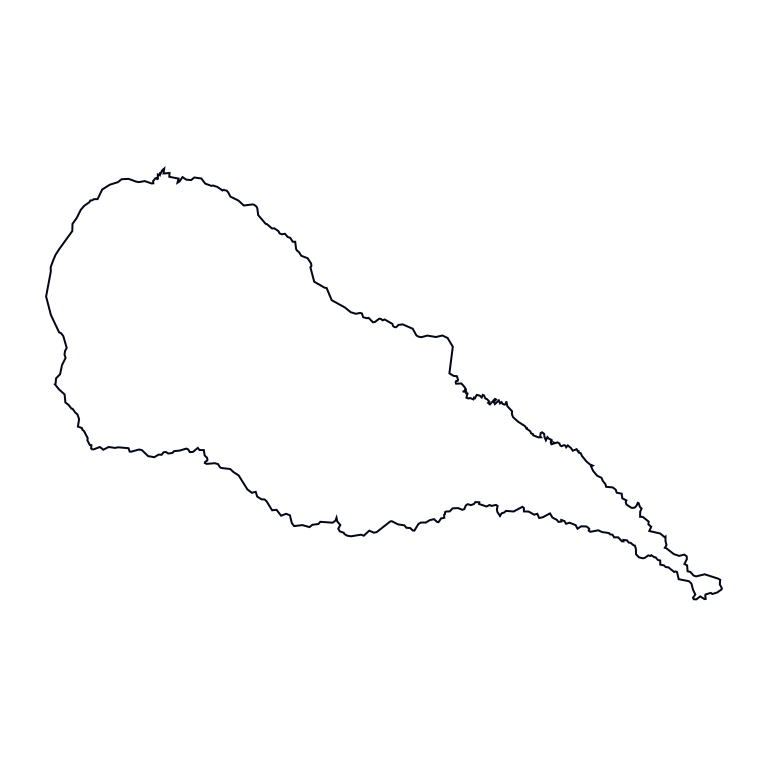 outline of Xico, Veracruz, Mexico
{"feature_id": "50627088B25862533799100", "entity_name": "Xico", "entity_type": "district", "adm_level": 2, "iso_a3": "MEX", "parent_name": "Mexico", "parent_adm1": "Veracruz", "projection": "albers", "projection_center": [-97.003, 19.446], "detail": "fine", "context": "isolated", "style": "outline", "palette": "ink", "viewbox_px": 768, "rotation_deg": 0, "n_neighbors": 0, "source": "geoboundaries", "source_scale": "gbopen_adm2", "svg_char_len": 6076}
<svg xmlns="http://www.w3.org/2000/svg" viewBox="0 0 768 768"><path d="M56.1,378.3L55.5,384.2L55.0,384.4L59.1,389.5L64.6,394.4L65.4,402.5L68.8,405.1L71.4,408.6L72.6,408.8L75.4,412.7L77.4,414.3L79.1,419.1L77.9,426.6L81.9,428.0L82.3,429.6L84.0,431.1L87.7,438.1L87.4,440.3L89.8,445.0L91.4,445.2L91.1,448.4L92.1,449.3L93.6,449.4L99.8,447.0L103.3,449.7L108.7,447.0L115.0,447.9L118.2,447.3L128.5,448.2L129.7,451.6L131.2,451.7L139.2,449.5L141.9,450.1L148.1,456.1L154.3,457.2L158.6,454.6L161.6,454.8L163.5,452.3L165.9,452.0L168.2,453.5L170.2,453.3L172.5,452.8L174.2,451.1L179.6,450.6L186.3,448.6L188.2,449.4L189.8,452.1L193.0,451.9L197.8,447.9L199.5,450.0L203.8,450.1L204.7,455.5L206.9,457.6L207.4,459.1L207.3,460.5L205.1,461.9L204.8,463.0L206.7,463.9L214.7,463.2L218.0,464.1L220.1,467.4L221.4,468.0L230.2,469.0L233.4,472.0L238.7,475.5L247.4,489.4L251.9,492.8L255.7,491.8L257.2,496.6L261.4,499.3L264.6,499.5L266.6,501.3L272.1,510.3L276.5,509.8L281.1,515.7L286.2,513.8L289.9,515.3L291.8,523.0L294.1,526.1L302.3,525.1L309.5,527.1L312.4,524.8L318.4,524.0L320.3,521.8L332.6,522.7L335.4,520.7L336.5,517.7L337.3,521.5L340.3,525.0L338.3,528.7L339.8,531.4L343.7,532.7L344.5,534.1L347.3,535.7L351.1,536.3L360.9,534.7L363.8,535.7L369.2,530.7L373.9,532.7L376.7,532.1L390.2,521.5L391.8,521.2L398.1,524.4L404.3,525.3L406.4,527.8L410.1,528.0L412.9,530.5L414.4,530.6L418.4,524.0L420.6,522.6L426.0,522.5L429.5,520.3L433.9,519.1L437.2,522.0L438.5,522.2L441.1,518.4L444.3,517.8L444.1,514.8L445.0,514.0L445.1,512.1L446.1,511.5L449.7,511.4L452.7,508.3L458.2,508.1L462.3,509.8L464.3,509.1L465.8,505.5L467.6,504.2L471.1,505.1L473.9,504.0L475.4,502.1L479.3,502.3L479.1,504.0L486.6,506.5L489.5,505.0L491.7,505.9L496.0,504.9L497.6,506.0L496.9,509.5L497.4,512.0L500.0,516.0L501.6,513.3L504.0,512.6L506.0,510.9L513.6,511.5L522.4,506.8L523.9,508.0L523.9,511.4L528.7,511.6L534.2,514.7L537.3,513.8L539.2,518.0L542.9,517.2L550.0,513.4L552.4,517.5L557.0,520.0L558.4,521.9L561.4,521.5L561.3,520.0L564.4,521.0L566.1,523.8L569.5,522.7L575.6,525.1L577.5,528.7L581.3,526.3L586.6,526.5L588.8,528.3L589.3,529.0L588.7,530.6L590.3,531.8L598.3,530.3L602.2,532.1L608.8,533.0L610.2,534.4L612.5,534.7L614.1,537.3L618.1,537.3L621.9,541.3L623.5,541.4L623.4,539.9L627.1,540.4L628.6,542.5L630.8,542.9L633.5,545.3L634.9,545.6L635.9,549.0L636.0,554.2L638.9,557.3L642.8,558.3L644.7,557.9L648.3,555.4L650.3,556.0L651.3,555.2L654.2,557.2L655.6,557.3L657.8,559.9L660.2,560.5L660.3,564.7L663.8,565.3L665.8,567.1L668.3,567.3L674.2,572.0L675.3,571.4L677.0,572.0L678.7,579.2L688.9,581.2L691.4,583.5L693.0,589.7L695.3,594.5L693.0,597.8L693.7,599.2L696.3,599.4L700.2,596.4L704.5,599.1L705.7,598.9L705.2,595.2L705.7,594.4L710.8,592.9L712.3,594.0L717.2,592.5L721.6,589.4L721.9,588.3L719.8,584.4L720.2,579.8L718.0,578.6L704.7,574.3L696.1,576.4L693.7,575.6L690.3,571.9L687.6,571.3L687.1,565.4L684.4,564.0L686.9,559.0L686.7,556.4L684.3,554.6L679.2,555.9L673.8,554.1L666.1,548.1L664.9,547.8L666.5,545.0L665.5,541.1L665.5,536.7L664.8,537.3L660.2,533.5L649.3,531.0L651.2,526.8L648.4,524.4L648.7,521.6L642.8,516.9L640.1,516.8L640.2,511.6L641.6,508.5L639.9,506.9L638.6,503.1L637.8,502.8L636.5,505.7L635.0,507.4L633.3,507.9L631.4,507.8L626.5,504.6L625.7,502.1L626.4,500.4L622.3,498.3L621.7,493.7L616.7,492.7L615.7,489.7L612.7,487.4L606.1,486.8L605.5,484.3L602.8,480.9L601.4,477.7L597.2,475.8L593.2,471.0L591.0,466.4L592.7,465.6L589.9,464.4L586.4,461.4L581.9,455.9L580.7,453.2L578.7,452.6L578.6,451.2L577.9,451.3L576.6,449.2L572.8,450.7L570.9,448.0L567.8,445.4L566.2,447.3L565.5,445.8L564.2,445.1L561.4,446.2L560.3,445.5L559.3,443.4L557.5,442.4L554.2,443.4L553.8,442.7L553.1,443.8L551.4,444.2L550.8,442.8L550.9,441.8L551.3,442.1L551.9,441.4L551.6,439.9L548.9,438.7L547.4,437.1L545.9,440.3L544.5,437.1L544.1,433.8L542.1,432.3L540.7,433.1L540.2,436.3L541.0,437.3L538.5,437.4L533.2,435.3L533.0,434.1L531.2,433.4L530.1,431.1L527.3,429.2L527.0,428.2L526.4,428.5L525.2,426.3L518.1,421.7L513.1,417.2L511.9,414.2L512.1,411.3L507.3,406.1L506.4,401.4L505.5,404.2L504.6,404.6L502.7,403.9L501.5,402.1L500.0,403.4L498.8,400.4L494.9,404.1L493.8,401.8L496.1,399.5L495.0,398.9L489.9,404.4L488.1,402.9L489.3,401.6L487.1,399.2L485.4,398.5L484.0,395.4L482.8,394.9L481.7,397.5L479.7,395.6L476.8,394.9L474.9,398.2L474.1,397.6L473.4,399.4L470.0,398.0L468.3,398.5L466.4,397.7L467.5,393.6L466.2,393.3L466.5,392.3L465.9,391.9L462.6,391.5L465.9,390.8L465.9,389.6L464.3,390.0L465.7,389.4L464.7,387.2L461.4,383.5L456.1,383.7L455.6,382.2L456.2,381.0L457.7,380.8L458.0,379.7L456.9,376.2L453.6,375.9L449.4,373.3L452.8,346.7L447.6,338.0L442.4,335.5L436.0,337.0L427.2,335.6L421.4,337.2L418.3,336.6L416.4,335.4L412.7,328.7L402.7,324.4L398.5,324.9L396.2,327.2L394.6,327.1L393.2,326.2L392.4,323.9L384.7,319.5L382.6,320.3L380.9,318.9L379.2,318.7L374.9,322.0L373.0,322.3L368.6,317.9L366.8,318.2L363.1,317.2L362.0,313.5L360.2,312.9L355.9,313.8L350.7,312.2L345.1,307.6L331.7,300.2L326.6,288.0L324.6,287.7L314.2,281.7L310.4,267.3L311.4,266.0L311.1,263.5L307.6,258.2L301.3,255.8L299.1,252.3L296.9,250.5L296.1,249.0L295.2,241.8L292.7,241.7L290.3,237.9L287.7,237.0L285.0,233.8L281.9,234.3L279.6,233.4L278.4,231.1L276.8,230.0L274.3,228.3L272.1,228.5L267.0,224.2L265.6,223.8L258.2,215.1L257.3,208.3L256.4,206.5L254.2,204.8L252.6,204.4L243.8,205.5L238.5,200.6L230.4,196.6L228.1,192.2L226.6,190.6L223.4,189.9L222.5,190.5L217.3,186.9L213.0,185.5L211.4,185.9L205.2,183.6L201.4,178.5L194.3,177.5L191.1,180.1L186.2,179.6L182.5,177.1L179.5,181.5L177.5,182.7L178.6,178.6L169.3,176.8L169.5,173.0L163.5,173.5L164.2,168.6L162.1,170.4L160.5,173.8L159.9,173.5L159.8,175.3L157.8,174.5L157.9,178.7L157.2,179.1L156.3,178.0L155.3,178.4L153.1,181.1L153.3,183.3L151.7,183.5L144.8,181.1L138.9,182.1L136.1,181.6L128.7,178.9L121.7,179.2L117.8,182.2L109.8,184.7L102.2,189.5L97.6,199.1L93.7,199.2L92.3,200.3L90.3,200.5L89.4,202.2L84.3,205.7L80.8,209.8L76.7,218.0L72.5,223.9L72.3,231.0L59.3,249.0L55.6,254.7L53.3,260.1L50.7,267.1L50.8,271.6L46.1,296.5L50.9,315.0L59.2,332.5L60.9,333.0L63.3,336.1L66.7,347.9L65.0,351.1L64.5,354.6L65.6,357.9L62.0,365.1L60.1,374.2L56.1,378.3Z" fill="none" stroke="#020617" stroke-width="2"/></svg>